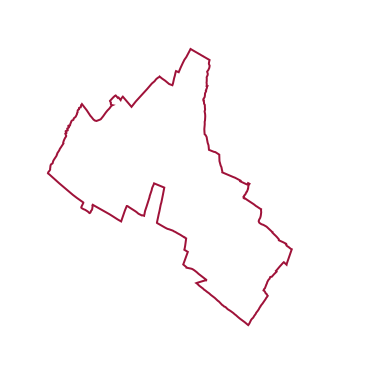 the district of Dodesti, Vaslui, Romania, rotated 230°
{"feature_id": "2599482B41248558558990", "entity_name": "Dodesti", "entity_type": "district", "adm_level": 2, "iso_a3": "ROU", "parent_name": "Romania", "parent_adm1": "Vaslui", "projection": "equal_earth", "projection_center": [27.924, 46.352], "detail": "fine", "context": "isolated", "style": "outline", "palette": "rose", "viewbox_px": 384, "rotation_deg": 230, "n_neighbors": 0, "source": "geoboundaries", "source_scale": "gbopen_adm2", "svg_char_len": 6008}
<svg xmlns="http://www.w3.org/2000/svg" viewBox="0 0 384 384"><g transform="rotate(230 192 192)"><path d="M301.3,241.4L301.1,240.6L301.3,240.3L301.4,239.7L301.5,237.8L301.4,236.6L301.0,235.0L300.9,233.9L300.9,231.0L299.7,223.7L298.5,214.6L297.5,207.2L296.1,200.4L309.5,200.3L309.3,199.0L308.9,197.5L308.3,196.4L308.7,196.4L310.3,196.4L311.6,196.5L311.8,196.4L311.8,195.7L315.0,195.6L315.2,194.7L315.1,192.4L314.5,187.7L313.9,187.5L312.7,187.4L312.3,187.1L311.9,186.6L311.4,186.3L311.1,186.2L310.7,186.3L310.1,186.5L309.6,186.9L309.8,186.2L309.8,185.6L309.7,184.9L309.2,183.0L309.0,181.9L308.8,179.7L308.3,177.1L307.1,172.5L306.4,168.9L306.6,168.0L307.8,164.5L309.2,163.5L310.9,163.1L314.7,163.2L315.5,163.1L322.3,163.9L330.1,164.2L329.9,163.6L329.9,163.0L329.6,162.6L328.8,161.8L328.4,161.1L328.9,160.1L329.0,159.5L328.8,159.2L328.0,158.6L328.1,157.6L328.0,157.0L327.6,156.4L326.5,155.5L326.4,155.3L326.3,154.5L325.5,153.8L325.0,152.5L324.6,151.7L324.4,151.1L324.4,149.2L324.3,148.6L323.6,147.7L323.6,147.0L323.9,146.1L323.9,145.8L323.7,144.9L322.9,143.8L322.7,143.0L322.3,142.5L321.9,142.0L321.5,141.5L321.4,141.1L322.1,140.4L322.2,140.0L322.1,139.6L321.7,139.5L320.9,139.6L320.7,139.4L320.6,138.8L320.6,138.1L320.8,137.5L320.8,137.2L320.6,137.0L319.3,136.7L319.1,136.3L319.1,135.9L319.5,135.5L319.7,134.9L319.8,134.4L319.4,134.0L318.8,133.9L317.9,133.8L317.8,133.6L317.8,133.3L318.2,132.8L318.1,132.4L317.3,132.3L316.9,132.0L315.8,131.7L315.4,130.9L314.9,129.2L314.1,127.5L313.7,126.7L312.4,124.8L311.8,124.7L309.9,118.3L309.2,117.0L308.3,113.9L307.7,113.1L307.7,112.7L307.0,111.9L306.6,110.8L305.7,107.7L305.1,105.9L304.6,105.1L304.0,104.2L303.6,103.7L303.6,102.9L303.7,102.3L303.8,101.9L303.6,101.4L303.4,100.8L303.0,100.5L302.5,99.8L301.9,99.3L301.4,98.6L300.5,97.9L300.1,97.2L299.8,96.1L299.6,94.8L299.0,93.7L298.5,93.7L297.3,94.0L283.9,95.9L266.4,98.9L261.5,100.0L253.9,102.0L253.6,101.9L253.4,101.5L251.7,97.7L251.3,97.2L250.9,97.1L249.7,97.4L248.1,98.1L247.0,98.7L244.1,99.6L242.9,99.8L242.2,99.8L241.6,100.1L241.6,101.0L242.5,102.8L242.7,104.0L243.1,104.6L245.0,106.7L245.8,107.1L246.0,107.8L245.3,108.0L237.6,110.9L228.0,114.5L224.6,115.6L218.8,117.4L215.0,118.8L221.0,128.8L223.2,133.0L223.0,133.3L222.1,133.7L220.2,134.2L213.5,136.3L211.8,136.7L209.8,137.0L206.3,138.5L206.0,138.9L205.9,139.2L204.6,140.0L204.8,140.2L205.3,141.0L207.6,143.8L210.1,147.9L215.5,156.4L215.9,156.7L219.1,161.9L219.5,162.5L220.4,163.6L221.0,164.6L222.0,166.8L223.0,168.5L213.2,173.6L208.7,168.1L203.6,161.7L202.5,160.0L198.3,154.8L196.3,152.1L194.4,149.7L191.3,145.7L190.9,145.3L190.7,145.3L181.7,148.6L179.8,149.4L179.1,149.8L178.3,150.4L174.7,152.5L173.4,152.9L172.2,153.5L169.9,154.3L166.6,155.6L163.7,156.5L162.4,157.1L162.3,156.9L160.2,157.7L155.3,152.3L153.7,150.4L152.7,149.0L148.8,150.3L142.1,138.7L138.0,139.4L137.6,139.1L136.6,139.9L133.8,142.1L133.0,142.6L132.0,143.0L130.3,143.5L127.5,144.1L125.1,144.4L117.8,146.0L115.6,146.5L115.2,146.0L115.8,145.3L116.6,143.5L119.2,137.4L119.4,136.8L118.7,137.0L115.7,137.3L110.8,138.4L109.3,138.5L108.1,138.9L106.0,139.3L103.3,140.0L101.7,140.2L101.0,140.3L97.9,141.0L97.0,141.2L96.0,141.4L93.4,141.7L91.9,141.9L90.9,142.2L86.1,142.5L84.8,142.9L83.6,143.0L82.7,143.5L82.4,143.7L79.3,144.0L76.2,145.0L72.6,145.9L70.9,146.1L69.8,146.4L66.4,146.9L64.2,147.3L58.4,148.7L53.9,149.5L54.0,150.1L54.4,151.4L56.0,155.0L56.3,156.3L56.4,158.0L56.5,158.4L57.0,159.7L57.7,162.5L58.2,163.5L58.7,165.9L59.3,168.0L60.0,169.6L60.3,171.0L60.6,171.3L60.9,172.7L61.2,174.3L62.1,177.5L62.6,179.4L63.1,180.7L63.5,182.5L63.8,183.3L64.5,183.3L66.1,183.6L66.9,183.3L68.4,183.7L69.3,183.8L69.8,183.8L70.6,183.5L71.2,184.6L71.4,186.0L72.6,188.2L73.0,189.0L73.3,189.3L73.7,190.4L73.9,190.7L74.7,191.9L75.3,193.5L75.6,194.3L75.7,195.7L76.4,196.9L76.6,197.2L76.6,197.4L75.9,198.4L75.8,198.7L76.3,202.0L76.4,203.2L76.6,205.6L77.6,205.6L77.7,206.7L78.5,211.2L79.0,214.8L79.2,216.3L79.2,217.2L75.5,217.7L76.4,218.9L79.2,223.6L84.0,231.6L84.8,231.2L87.1,230.7L87.7,230.7L88.3,230.5L88.8,230.2L90.3,230.0L90.6,230.4L91.6,230.3L91.9,230.8L94.8,229.6L99.2,227.5L99.9,228.1L102.6,228.1L105.4,227.9L105.7,227.8L109.3,227.5L109.5,227.9L110.2,227.7L117.0,226.9L117.6,226.8L121.1,225.5L121.3,225.3L122.7,224.5L123.9,224.1L125.3,223.8L126.6,224.2L127.3,225.0L127.9,226.3L128.4,227.7L129.6,229.4L131.9,231.9L133.7,233.2L134.4,233.9L135.3,233.5L138.0,232.7L138.9,232.5L139.2,232.3L139.8,232.1L143.1,231.4L150.8,229.1L153.4,228.4L153.3,228.0L153.5,227.9L154.2,227.7L154.6,228.0L155.1,228.2L155.2,228.3L155.0,228.8L155.5,229.2L155.6,229.5L155.6,229.8L155.9,230.4L155.9,230.6L155.8,230.8L156.0,231.7L156.5,232.4L156.6,233.2L157.0,233.7L157.0,234.5L157.2,234.8L157.5,235.2L158.1,236.5L158.7,237.1L158.7,237.3L158.9,237.6L160.0,238.6L160.9,239.9L161.3,241.3L162.8,240.7L162.1,239.2L163.4,238.5L169.2,235.8L169.5,236.5L175.6,234.0L176.6,233.4L187.6,227.8L188.0,228.2L188.5,228.6L189.6,229.1L191.9,230.4L192.7,230.7L193.7,230.9L198.0,232.9L203.1,236.9L206.4,235.9L207.6,235.5L208.7,234.6L213.4,232.1L217.2,234.7L219.6,235.6L223.3,237.7L224.6,238.5L226.8,239.0L228.1,238.8L230.2,240.3L232.3,241.9L235.7,245.3L237.7,246.9L238.4,247.9L240.4,249.8L241.6,250.9L243.2,252.1L245.7,253.5L246.5,254.7L247.1,255.3L248.2,256.0L250.5,257.8L251.9,258.0L253.2,259.0L253.8,259.3L254.1,259.6L254.3,259.4L254.7,259.6L254.9,260.0L255.4,259.9L256.0,260.7L256.2,261.6L256.6,262.7L257.6,263.9L259.2,265.4L260.1,267.5L260.3,267.8L260.8,267.8L261.2,268.5L261.4,269.0L261.7,269.4L261.8,269.7L262.0,270.1L263.1,271.4L263.2,271.8L263.8,271.3L264.5,272.1L265.1,272.6L266.5,273.5L267.3,274.4L268.1,275.1L269.5,276.3L270.5,277.0L271.5,279.1L271.9,279.6L272.8,280.3L273.5,280.5L274.5,281.0L274.9,282.8L275.9,284.9L276.7,285.9L277.4,286.7L279.1,287.2L279.7,287.6L280.8,288.9L281.8,290.3L302.5,282.8L301.5,280.5L299.0,274.3L298.2,271.2L296.7,267.8L294.6,263.3L292.3,258.8L294.9,257.5L294.2,256.3L292.1,253.6L290.7,251.5L287.3,247.1L286.4,245.6L289.4,243.9L294.5,243.0L298.1,242.0L301.3,241.4Z" fill="none" stroke="#9f1239" stroke-width="2"/></g></svg>